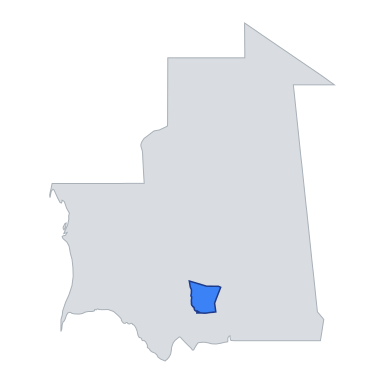 Tamchekett, Hodh el Gharbi, Mauritania shown in context
{"feature_id": "47542326B49487198034252", "entity_name": "Tamchekett", "entity_type": "district", "adm_level": 2, "iso_a3": "MRT", "parent_name": "Mauritania", "parent_adm1": "Hodh el Gharbi", "projection": "robinson", "projection_center": [-10.754, 17.114], "detail": "fine", "context": "in_parent", "style": "filled", "palette": "blue", "viewbox_px": 384, "rotation_deg": 0, "n_neighbors": 0, "source": "geoboundaries", "source_scale": "gbopen_adm2", "svg_char_len": 4151}
<svg xmlns="http://www.w3.org/2000/svg" viewBox="0 0 384 384"><path d="M161.0,359.2L160.5,359.0L158.0,357.1L156.8,354.8L154.8,353.0L152.0,351.9L150.3,350.6L149.4,349.1L148.4,348.1L147.4,347.6L147.3,347.0L147.5,346.3L147.3,344.9L145.7,341.9L144.2,340.5L142.9,340.7L142.2,340.3L141.8,339.7L141.6,338.7L140.7,337.8L139.2,337.5L138.0,335.2L137.1,331.1L135.9,327.9L134.5,325.6L133.4,324.7L132.7,324.5L132.4,324.2L132.2,323.5L131.1,323.3L129.4,324.0L128.0,323.7L127.3,322.6L126.3,322.5L125.1,323.4L123.7,323.2L122.2,321.7L121.4,320.2L121.2,318.8L118.6,315.9L113.6,311.5L108.1,309.5L102.2,309.7L98.8,309.5L98.1,308.9L97.4,308.9L96.6,309.7L95.9,309.9L95.0,309.4L94.5,309.8L94.3,310.9L92.2,311.5L88.2,311.5L85.0,312.2L82.5,313.5L79.1,314.1L74.6,313.9L71.9,313.4L71.0,312.6L69.7,312.4L68.0,312.8L66.5,315.0L65.2,318.9L64.1,321.1L63.2,321.6L62.2,324.5L61.7,329.4L60.9,331.5L61.0,319.4L62.3,314.9L62.7,310.9L65.6,302.2L68.9,295.0L72.0,285.5L73.2,276.3L72.9,267.2L72.0,259.2L70.5,253.9L69.1,246.2L67.0,242.2L63.0,238.6L62.1,236.6L63.1,235.8L65.5,235.3L67.1,232.5L63.8,233.6L67.6,225.1L68.8,219.3L68.7,215.6L69.4,213.2L66.6,208.2L64.4,201.8L63.3,200.8L62.1,200.2L62.0,201.7L61.3,203.1L59.9,202.3L57.5,197.6L54.1,190.1L52.9,189.3L51.9,190.4L51.2,191.4L50.0,197.6L49.7,195.1L50.2,192.2L51.1,188.6L52.1,183.5L55.1,183.5L60.5,183.5L71.1,183.5L76.5,183.5L87.2,183.5L92.5,183.5L103.2,183.5L108.6,183.5L119.3,183.5L124.6,183.4L135.3,183.4L140.7,183.4L144.2,183.4L144.0,179.8L143.8,177.0L143.6,173.2L143.4,169.4L143.2,165.6L143.0,162.0L142.8,158.5L142.7,155.1L142.5,152.1L142.2,150.4L141.1,146.9L140.8,145.2L141.2,143.4L141.9,141.7L144.0,138.5L147.2,136.1L150.8,133.3L153.6,131.2L155.0,130.7L159.3,130.0L162.7,128.4L166.1,126.8L167.5,125.9L167.6,123.0L167.8,57.8L184.2,57.8L188.5,57.8L218.6,57.8L222.9,57.8L244.8,57.8L244.8,54.7L244.8,50.3L244.7,44.3L244.7,38.2L244.6,27.5L244.6,23.0L249.0,26.0L257.7,32.0L262.0,35.0L270.7,40.9L279.4,46.9L288.2,52.8L292.5,55.8L296.9,58.8L301.3,61.8L305.7,64.8L314.4,70.7L318.1,73.2L323.8,77.2L329.0,81.0L334.3,84.8L326.2,84.8L315.4,84.8L308.0,84.8L300.4,84.8L293.3,84.8L294.0,90.9L294.7,97.6L295.4,104.3L296.1,111.0L296.8,117.7L298.9,137.8L299.6,144.5L300.3,151.2L301.0,157.9L301.8,164.6L303.2,178.0L303.9,184.7L304.6,191.4L305.3,198.1L306.0,204.8L306.8,211.5L308.2,224.9L308.9,231.6L309.6,238.3L310.3,245.0L311.0,251.7L311.7,258.4L312.4,265.1L313.2,271.8L314.6,285.2L315.3,291.9L316.0,298.6L316.7,305.3L317.4,311.8L320.3,315.2L323.8,319.5L322.8,325.6L321.7,332.8L320.4,340.7L310.6,340.7L301.0,340.7L277.0,340.7L272.2,340.7L248.2,340.7L243.4,340.7L234.1,340.7L231.3,340.5L230.4,339.9L230.0,335.8L229.2,336.1L228.2,337.3L227.7,338.6L227.9,340.3L227.7,341.8L224.6,342.3L220.5,343.3L216.1,344.0L211.7,343.8L210.1,343.4L208.5,342.9L205.0,342.3L203.1,342.2L200.9,342.4L198.3,342.7L197.5,343.5L195.5,346.5L193.6,350.0L192.4,350.0L191.0,348.1L187.2,344.4L182.5,339.6L180.4,337.2L179.3,336.9L177.1,338.7L175.2,340.3L173.3,342.6L172.4,344.9L171.6,347.5L171.3,350.6L170.6,354.2L169.0,357.1L167.1,359.4L165.7,360.4L165.1,361.0L161.0,359.2ZM65.5,227.3L64.0,229.9L63.3,228.9L63.1,227.2L64.4,224.7L65.1,223.4L66.2,223.0L65.5,227.3Z" fill="#d9dde1" stroke="#a8b0b8" stroke-width="1"/><path d="M190.3,287.1L190.5,287.6L190.8,288.3L191.3,289.3L191.4,289.9L191.5,290.6L191.4,291.1L191.4,291.6L191.4,292.1L191.4,293.0L191.2,294.3L190.9,295.6L190.9,296.0L191.6,296.6L191.6,297.4L191.6,298.3L191.5,299.3L191.3,300.0L191.4,300.7L191.4,301.3L191.3,301.9L191.6,302.5L191.4,303.2L191.5,303.3L191.6,303.5L191.5,304.1L191.5,304.3L191.5,304.5L191.8,305.0L191.9,305.4L192.0,305.4L192.2,305.6L192.5,305.9L192.6,306.2L192.7,306.3L192.7,306.5L192.8,306.7L193.5,306.8L193.9,307.3L193.9,307.7L194.3,308.0L194.2,308.6L194.3,308.9L194.4,309.6L194.8,310.2L195.5,310.9L196.0,311.0L196.7,311.2L197.0,310.8L197.6,311.2L198.1,311.5L197.4,311.5L197.2,312.3L196.9,312.4L196.9,312.6L196.8,312.8L196.8,313.0L201.4,313.0L204.8,313.2L206.0,313.1L207.6,312.9L208.6,312.7L212.3,312.3L213.0,312.2L213.0,312.3L215.8,311.9L214.6,303.2L215.9,299.7L216.6,297.8L220.7,287.3L218.5,286.3L206.6,286.2L189.3,281.0L189.8,284.1L190.3,287.1Z" fill="#3b82f6" stroke="#1e3a8a" stroke-width="1.5"/></svg>